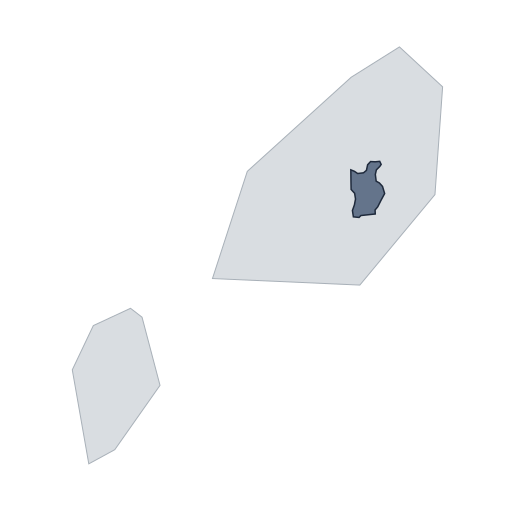 location of Żebbuġ within Malta, rotated 273°
{"feature_id": "MLT-5946", "entity_name": "Żebbuġ", "entity_type": "state/province", "adm_level": 1, "iso_a3": "MLT", "parent_name": "Malta", "parent_adm1": "", "projection": "natural_earth1", "projection_center": [14.44, 35.87], "detail": "fine", "context": "in_parent", "style": "filled", "palette": "slate", "viewbox_px": 512, "rotation_deg": 273, "n_neighbors": 0, "source": "natural_earth", "source_scale": "10m", "svg_char_len": 793}
<svg xmlns="http://www.w3.org/2000/svg" viewBox="0 0 512 512"><g transform="rotate(273 256 256)"><path d="M472.3,388.3L434.7,433.5L326.7,431.5L232.4,361.2L231.2,213.7L340.1,242.9L439.5,341.7L472.3,388.3ZM188.9,145.4L121.8,166.9L55.2,125.1L39.7,99.9L132.7,78.5L178.0,97.2L197.2,133.4L188.9,145.4Z" fill="#d9dde1" stroke="#a8b0b8" stroke-width="1"/><path d="M304.2,372.9L301.9,358.6L299.9,356.9L300.2,351.2L306.5,349.9L312.2,351.6L318.1,352.4L323.8,351.2L327.4,347.5L334.4,347.0L347.0,346.2L345.7,349.9L343.7,353.2L344.7,359.0L347.3,361.8L353.0,362.7L356.3,365.5L356.3,370.1L357.0,374.6L354.0,376.2L352.0,375.0L348.3,371.7L343.7,370.9L337.0,372.1L335.4,375.4L332.1,378.7L325.1,381.2L318.1,377.9L311.5,375.0L308.2,372.5L304.2,372.9Z" fill="#64748b" stroke="#1e293b" stroke-width="1.5"/></g></svg>